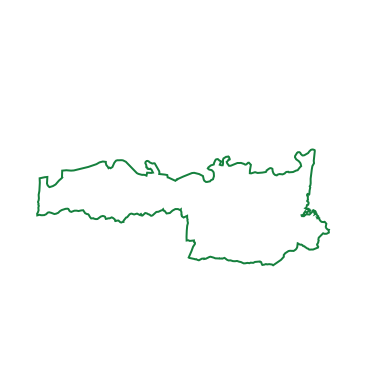 outline of Plopsoru, Gorj, Romania, rotated 120°
{"feature_id": "2599482B91527362619045", "entity_name": "Plopsoru", "entity_type": "district", "adm_level": 2, "iso_a3": "ROU", "parent_name": "Romania", "parent_adm1": "Gorj", "projection": "robinson", "projection_center": [23.376, 44.754], "detail": "fine", "context": "isolated", "style": "outline", "palette": "green", "viewbox_px": 384, "rotation_deg": 120, "n_neighbors": 0, "source": "geoboundaries", "source_scale": "gbopen_adm2", "svg_char_len": 6011}
<svg xmlns="http://www.w3.org/2000/svg" viewBox="0 0 384 384"><g transform="rotate(120 192 192)"><path d="M256.3,330.8L260.1,328.4L267.4,324.7L271.1,323.4L274.1,321.4L276.0,320.6L277.6,320.4L279.0,318.9L279.9,318.7L280.6,317.7L282.3,317.3L284.6,315.7L287.1,315.2L288.1,315.3L289.6,314.3L288.0,312.7L287.6,311.2L286.0,308.5L284.2,307.2L282.0,306.6L281.0,305.6L280.4,303.4L279.9,300.2L278.7,298.8L276.8,297.4L274.8,296.9L272.8,295.8L269.8,293.1L268.7,291.5L268.5,290.6L269.8,288.3L269.6,286.6L267.0,284.5L265.9,282.7L265.2,280.7L263.4,278.8L262.2,277.1L263.8,273.9L263.6,271.9L263.2,270.9L263.3,270.2L264.7,267.8L265.3,266.1L264.0,264.2L264.1,263.5L263.6,261.9L262.7,260.4L258.7,258.6L257.3,257.2L256.9,255.6L257.0,254.8L258.4,253.2L257.7,252.3L256.7,251.4L256.0,250.2L254.1,248.8L254.0,247.2L254.4,245.1L255.5,243.9L255.2,243.4L254.4,242.9L253.5,241.4L254.0,239.0L253.8,238.0L252.5,237.0L252.2,236.4L251.2,236.9L247.1,236.3L246.2,235.5L242.5,234.9L241.3,234.0L240.9,233.3L240.4,230.9L238.2,228.8L238.0,225.7L236.6,225.2L236.9,224.6L237.6,224.0L237.1,223.1L233.6,222.0L233.1,220.4L233.1,218.6L232.8,217.6L233.1,215.9L232.9,215.3L232.0,214.5L227.1,212.9L225.9,211.2L223.3,209.4L222.7,208.7L221.4,208.4L222.0,207.6L222.1,207.0L222.3,206.9L222.1,206.1L223.3,203.3L221.3,200.7L217.9,199.6L215.1,197.9L213.8,195.6L213.6,193.4L212.7,193.0L213.7,192.5L214.2,191.6L215.3,190.7L217.0,189.8L217.0,189.4L218.1,188.6L218.3,186.5L215.1,184.3L217.5,182.8L217.9,182.1L219.0,181.7L220.9,180.0L223.6,179.3L228.1,177.2L233.6,174.3L236.7,172.4L235.7,171.2L235.5,169.5L233.0,166.1L234.1,165.5L234.4,164.9L234.3,164.3L234.5,164.1L235.5,163.5L238.9,163.7L243.4,162.9L250.4,162.1L250.4,161.3L248.8,156.4L248.7,155.5L248.1,154.9L248.1,153.6L247.7,151.9L244.8,150.1L243.6,148.4L244.0,148.0L242.8,146.6L239.5,144.4L238.8,143.6L238.0,140.4L237.8,138.7L236.2,135.6L235.7,135.2L235.8,134.7L234.7,133.0L234.7,132.6L232.8,130.9L233.2,127.7L233.0,126.1L231.9,124.4L231.4,122.0L230.5,120.2L229.2,118.5L228.8,116.4L228.2,114.6L228.0,111.7L227.1,110.2L225.7,108.6L224.9,106.6L223.9,105.9L222.7,103.5L221.1,102.5L218.4,98.7L218.5,98.5L218.2,98.3L218.2,97.0L219.3,95.8L220.0,94.6L218.6,92.9L217.7,92.2L217.2,91.3L217.2,90.8L215.9,89.1L214.8,86.5L214.9,85.1L206.3,81.0L202.2,80.1L200.7,81.0L198.5,80.7L194.9,78.9L194.0,77.9L192.2,74.5L190.2,73.5L188.8,73.2L187.2,73.3L183.6,74.8L183.5,74.0L183.7,73.1L183.3,71.5L182.9,71.1L182.8,69.7L183.2,69.2L183.2,68.4L182.8,67.5L183.2,66.1L183.1,65.5L183.3,63.8L183.0,63.1L183.3,61.7L181.2,58.3L177.1,55.1L176.4,55.3L176.3,55.8L175.4,56.6L175.3,57.2L174.8,57.5L173.3,57.4L172.0,57.6L171.5,58.0L170.7,58.0L170.0,58.8L168.2,59.4L162.2,57.8L162.0,56.4L160.8,54.5L158.7,53.2L157.0,54.4L156.3,54.5L156.7,55.7L156.3,57.3L155.7,58.5L155.9,58.5L152.3,59.8L151.5,62.1L151.6,62.5L152.2,62.9L153.0,64.6L153.0,65.6L152.5,67.1L151.8,68.2L151.1,68.7L152.1,70.3L151.5,70.7L151.4,71.0L151.1,70.6L150.8,70.7L150.3,70.3L149.9,70.5L149.4,72.5L148.8,73.0L149.0,73.9L149.6,74.3L148.9,74.3L149.2,74.7L149.0,75.6L148.8,75.8L148.1,75.0L147.7,74.8L147.2,75.1L146.9,75.9L147.1,76.6L147.0,77.5L147.7,77.6L147.8,78.1L148.5,77.8L152.8,79.0L154.1,81.8L155.0,82.3L157.0,83.0L157.9,84.7L157.7,85.2L157.3,85.5L156.8,84.7L156.3,84.6L155.9,83.9L155.4,83.7L154.5,84.4L152.2,84.2L152.5,83.7L152.3,83.2L152.3,82.1L150.5,81.8L150.3,81.6L150.3,80.4L149.0,80.4L149.0,80.8L149.5,81.1L149.4,81.7L149.1,82.1L148.4,81.9L148.4,82.5L148.6,82.7L148.5,83.0L149.5,83.9L149.4,85.7L148.4,85.1L145.8,85.9L145.3,85.6L144.9,85.0L143.4,85.4L142.7,85.9L142.3,87.7L141.7,87.9L140.8,87.6L139.5,88.6L137.9,89.4L137.6,89.8L137.0,90.1L137.4,90.6L137.0,90.9L136.4,91.0L135.8,90.8L135.6,89.3L135.2,89.3L131.9,90.9L128.9,91.9L128.2,92.9L127.1,92.8L125.1,93.6L121.2,95.9L112.4,99.6L109.4,100.7L106.1,100.7L104.2,102.1L95.0,106.2L94.4,106.8L94.6,108.1L95.1,109.2L96.1,110.1L98.2,110.7L100.2,110.9L104.0,113.1L105.0,114.3L105.1,114.9L104.7,116.6L103.9,117.9L103.8,118.9L104.5,120.1L105.7,120.6L109.3,120.7L110.4,120.2L111.6,118.1L111.9,115.0L112.6,113.0L113.2,112.1L115.0,110.4L116.7,110.9L120.3,111.4L121.3,112.5L124.2,114.5L126.5,117.9L126.3,118.6L127.3,120.1L128.2,120.7L129.6,121.0L131.4,122.3L132.7,125.2L134.2,126.6L135.2,126.9L135.7,128.5L135.3,130.5L133.7,132.5L131.8,133.9L131.7,134.7L131.9,135.6L132.3,136.3L133.9,137.3L135.2,137.7L135.9,138.2L137.3,137.9L137.8,138.1L140.1,140.9L142.7,144.7L143.3,147.3L146.3,150.1L146.8,151.3L144.4,152.6L139.0,154.6L138.2,157.3L138.6,158.0L141.0,158.8L141.7,159.6L141.7,161.1L142.3,164.0L144.2,167.2L149.9,171.6L150.8,173.0L149.6,175.8L148.6,177.0L147.4,176.6L145.7,176.5L145.4,175.8L145.0,175.6L144.7,175.7L143.2,177.5L143.1,178.4L144.0,179.2L144.4,180.0L147.2,181.5L148.8,181.2L151.9,179.3L153.5,178.8L154.2,180.0L154.5,181.6L151.0,182.0L150.9,183.0L151.1,183.7L150.6,186.0L150.9,186.6L151.8,187.5L152.9,187.7L155.7,187.4L157.3,186.9L159.6,189.0L162.5,190.1L163.7,190.1L164.0,188.3L163.2,185.9L163.8,183.7L164.6,182.7L167.3,180.9L170.5,180.2L172.4,181.5L173.7,181.7L175.6,183.8L176.3,184.9L176.1,186.9L175.4,188.0L172.7,190.5L172.9,194.8L174.3,199.7L175.6,201.5L183.0,207.3L187.3,210.4L188.8,211.1L188.6,211.4L190.6,212.0L191.3,220.0L191.5,220.4L189.7,221.9L190.5,224.2L192.8,229.4L191.4,230.0L190.4,230.8L185.9,238.5L186.0,239.1L187.2,240.6L187.5,243.4L187.1,245.0L187.4,246.2L187.8,246.7L189.0,247.2L190.3,246.9L191.6,245.0L192.7,244.4L193.0,243.7L193.5,243.7L193.6,242.2L194.0,242.1L194.0,241.5L193.3,240.1L192.7,239.8L192.8,238.8L193.0,238.1L194.7,235.5L195.9,236.9L197.7,240.5L200.6,239.6L200.8,241.4L201.6,243.1L202.1,243.7L203.1,247.4L203.2,249.2L198.9,264.4L199.1,267.5L199.5,268.6L201.9,272.6L202.9,273.5L205.5,273.9L210.2,273.4L212.1,274.4L212.1,275.6L213.1,276.2L212.2,277.7L211.6,279.5L210.2,281.0L209.0,281.7L210.2,284.5L212.6,286.9L215.7,288.7L222.1,294.3L232.4,305.1L234.0,307.5L236.0,311.7L238.4,315.1L244.0,312.1L244.2,311.6L245.0,311.7L248.5,312.9L253.7,313.9L256.4,315.4L259.0,317.8L259.0,318.4L258.4,320.3L257.2,321.8L251.3,324.8L252.9,327.0L256.3,330.8Z" fill="none" stroke="#15803d" stroke-width="2"/></g></svg>